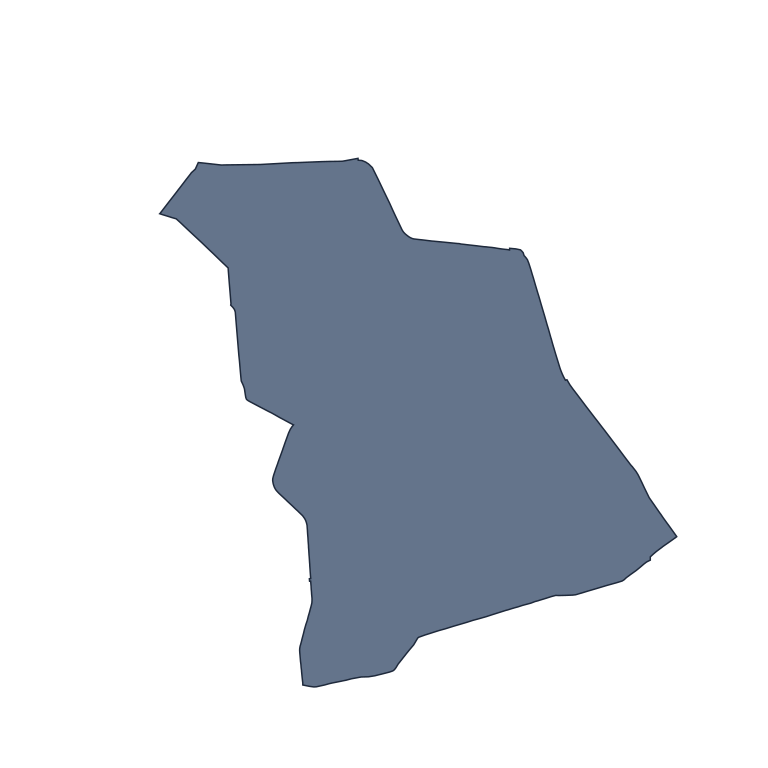 Venustiano Carranza, Distrito Federal, Mexico, rotated 245°
{"feature_id": "50627088B79024573117957", "entity_name": "Venustiano Carranza", "entity_type": "district", "adm_level": 2, "iso_a3": "MEX", "parent_name": "Mexico", "parent_adm1": "Distrito Federal", "projection": "mercator", "projection_center": [-99.095, 19.432], "detail": "fine", "context": "isolated", "style": "filled", "palette": "slate", "viewbox_px": 768, "rotation_deg": 245, "n_neighbors": 0, "source": "geoboundaries", "source_scale": "gbopen_adm2", "svg_char_len": 5679}
<svg xmlns="http://www.w3.org/2000/svg" viewBox="0 0 768 768"><g transform="rotate(245 384 384)"><path d="M145.5,183.2L141.4,188.8L139.1,192.4L138.1,194.9L137.9,195.9L136.3,203.1L135.6,207.4L135.0,210.3L132.8,219.3L132.4,221.1L131.6,224.3L130.6,229.9L128.1,239.5L126.5,243.2L126.5,243.3L126.2,243.9L125.2,246.2L123.4,252.5L122.9,255.2L122.0,259.7L120.6,267.2L120.3,270.0L120.3,271.3L120.7,272.8L121.8,274.9L122.6,276.1L124.1,278.3L130.2,290.4L132.2,294.5L134.5,299.5L135.0,300.6L139.5,307.2L139.8,308.4L139.2,315.0L138.5,320.3L137.9,325.1L137.3,329.7L136.2,336.3L135.1,344.6L133.9,352.4L133.0,358.4L132.2,364.8L131.2,370.5L129.9,378.6L129.2,384.5L128.5,389.8L128.1,392.9L127.3,399.0L127.0,400.5L126.4,405.0L125.9,408.3L125.4,411.1L124.8,416.1L123.7,422.3L123.4,424.0L123.3,424.7L123.0,429.0L122.6,431.1L122.4,432.2L122.4,432.6L121.4,439.7L120.6,446.0L119.8,450.5L119.3,451.3L118.3,453.3L115.8,459.0L112.9,465.9L112.0,468.6L110.5,478.7L110.2,480.9L108.8,490.2L107.3,500.6L106.8,503.6L105.6,510.8L104.8,516.5L105.1,518.9L106.1,521.9L107.2,527.3L107.8,530.6L108.3,533.3L109.0,536.2L110.1,540.3L111.0,543.5L111.7,546.7L111.8,549.1L111.8,550.9L114.8,552.3L116.1,556.4L117.1,560.1L118.0,564.3L118.5,566.8L118.8,567.8L120.7,578.6L121.9,584.8L122.1,584.8L133.9,582.6L138.4,581.7L145.2,580.4L149.1,579.8L149.9,579.6L153.2,579.0L153.9,578.9L157.9,578.2L159.8,577.9L163.1,577.3L168.9,576.3L179.8,576.1L185.5,576.1L191.2,576.0L194.5,575.9L197.9,575.5L199.0,575.3L202.8,574.4L204.3,574.1L204.8,573.9L205.3,573.7L207.3,573.2L209.7,572.7L214.2,571.7L228.1,568.8L247.0,564.7L255.9,562.7L259.1,562.0L264.7,560.7L273.3,558.8L278.2,557.7L284.4,556.4L290.0,555.2L299.6,553.1L304.9,552.1L310.5,551.6L310.8,550.0L311.3,550.0L314.3,549.8L316.4,549.8L317.8,549.8L321.8,550.0L323.9,550.2L326.8,550.6L327.5,550.7L330.4,551.1L333.3,551.5L336.2,551.9L339.1,552.3L341.8,552.7L344.9,553.2L345.2,553.2L349.8,553.9L354.5,554.7L354.9,554.7L358.6,555.3L364.0,556.2L369.0,556.9L373.3,557.6L377.7,558.3L383.1,559.1L387.1,559.7L390.5,560.2L394.2,560.8L398.1,561.4L401.9,561.9L405.9,562.5L409.4,563.0L413.2,563.6L417.0,564.2L420.8,564.7L425.3,565.4L428.4,565.8L432.5,566.3L434.7,566.4L435.5,566.5L435.9,566.5L437.8,566.2L440.4,565.5L441.0,565.2L444.2,565.6L446.1,565.1L447.9,564.4L450.8,560.5L453.9,555.2L453.7,555.1L452.4,554.4L453.8,552.5L454.5,551.3L455.2,550.1L456.7,547.7L459.0,544.2L460.6,541.9L462.1,539.6L463.8,536.7L465.1,534.6L466.2,532.6L467.5,530.5L469.9,526.7L472.1,523.1L474.9,518.5L476.6,515.8L478.4,512.8L479.1,512.0L479.7,511.1L480.0,510.5L480.1,510.3L480.5,509.6L486.9,498.8L492.6,489.1L493.2,488.0L498.2,480.0L500.3,476.5L502.9,472.3L504.0,471.0L505.8,469.5L507.2,468.6L509.1,467.6L511.0,466.7L513.0,466.0L514.4,465.7L516.4,465.5L516.9,465.5L531.6,465.4L538.0,465.4L545.6,465.5L559.3,465.3L571.6,465.2L584.9,464.9L585.3,464.8L586.1,464.5L587.3,464.0L588.4,463.6L589.4,463.2L590.3,462.8L591.0,462.3L591.7,461.9L592.4,461.5L593.2,460.9L594.2,460.0L595.4,458.9L596.1,458.1L596.6,457.2L597.1,456.3L597.7,455.2L599.5,455.8L600.6,451.5L602.8,443.0L603.5,440.4L605.3,436.3L606.7,433.2L607.0,432.5L609.0,428.1L611.3,422.8L611.7,421.9L621.2,399.2L622.4,396.5L623.1,394.9L635.2,364.7L649.6,332.8L651.2,329.1L654.2,324.2L660.4,314.0L661.9,311.5L663.2,309.3L658.5,303.8L656.9,298.7L656.1,297.3L653.4,292.0L653.2,291.6L647.7,281.1L647.1,279.8L646.5,278.8L640.7,267.5L640.3,266.7L633.3,253.2L633.1,252.7L631.2,254.7L628.6,257.6L625.7,260.8L625.0,261.5L623.6,263.1L621.5,265.5L616.5,267.6L612.4,269.2L607.1,271.3L601.4,273.6L597.7,275.1L588.8,278.7L584.4,280.4L579.5,282.3L574.7,284.2L569.2,286.3L562.1,289.0L556.0,291.4L555.1,291.8L552.8,290.9L551.5,290.4L547.2,288.8L543.2,287.3L538.9,285.7L534.8,284.2L521.3,279.2L520.3,278.4L517.4,279.4L515.4,279.8L514.6,279.9L513.5,279.8L512.6,279.7L512.0,279.6L503.4,276.4L471.7,264.7L466.2,262.8L465.1,262.4L454.7,258.6L447.1,255.9L443.0,255.9L440.4,255.7L438.7,255.5L431.9,253.5L430.0,253.0L428.1,252.9L426.2,253.9L423.6,255.8L415.3,262.1L407.6,268.0L405.4,269.8L397.8,275.2L387.1,283.2L385.2,284.7L384.2,282.6L382.6,280.0L379.9,276.8L377.9,274.8L375.0,271.9L373.6,270.5L372.6,269.5L369.8,266.8L367.9,264.9L367.4,264.5L365.3,262.4L362.9,260.0L361.5,258.6L360.3,257.4L357.9,255.0L357.0,254.2L355.2,252.4L353.7,250.9L352.6,249.8L351.2,248.5L348.8,246.2L347.6,245.1L346.0,243.8L345.4,243.3L343.8,242.4L342.2,241.9L340.3,241.4L338.9,241.2L336.9,241.0L334.8,241.1L333.4,241.3L332.3,241.6L329.8,242.4L329.0,242.7L325.3,244.2L325.1,244.3L321.1,245.9L318.2,247.0L314.8,248.4L312.1,249.5L311.3,249.8L308.1,251.0L305.3,252.2L304.4,252.5L299.5,254.4L298.9,254.6L295.7,255.2L294.3,255.3L293.6,255.3L292.0,255.2L290.1,254.9L288.3,254.5L288.1,254.4L287.9,254.4L287.6,254.2L284.7,253.1L284.1,252.9L282.4,252.2L280.1,251.3L276.8,250.1L273.6,248.8L270.9,247.8L269.3,247.2L268.0,246.6L265.0,245.5L260.7,243.8L259.3,243.3L256.2,242.1L253.4,241.0L252.0,240.5L250.6,239.9L247.7,238.8L244.9,237.7L243.3,237.1L242.0,236.6L238.7,235.4L239.1,234.1L237.9,233.6L236.7,233.2L236.3,234.2L232.8,232.9L231.4,232.4L230.0,231.8L228.2,231.1L227.3,230.8L226.2,230.4L224.2,229.6L220.8,228.4L219.8,228.0L219.4,227.8L218.1,227.2L217.0,226.6L216.4,226.3L215.3,225.5L214.3,224.7L213.4,224.0L211.2,222.1L210.7,221.7L208.4,219.8L205.7,217.4L205.2,217.0L202.6,214.9L201.9,214.3L199.1,211.6L196.9,209.7L195.2,208.2L191.8,205.5L189.3,203.4L187.0,201.5L186.2,200.9L183.1,198.3L182.0,197.3L181.6,197.0L180.9,196.5L180.3,196.1L179.5,195.6L178.9,195.3L178.1,194.9L177.8,194.8L176.6,194.3L174.4,193.5L171.4,192.4L171.1,192.3L167.9,191.1L165.0,190.2L162.1,189.1L159.0,188.1L158.6,187.9L153.2,186.0L150.0,184.9L147.2,184.0L146.5,183.6L145.9,183.4L145.5,183.2Z" fill="#64748b" stroke="#1e293b" stroke-width="1.5"/></g></svg>